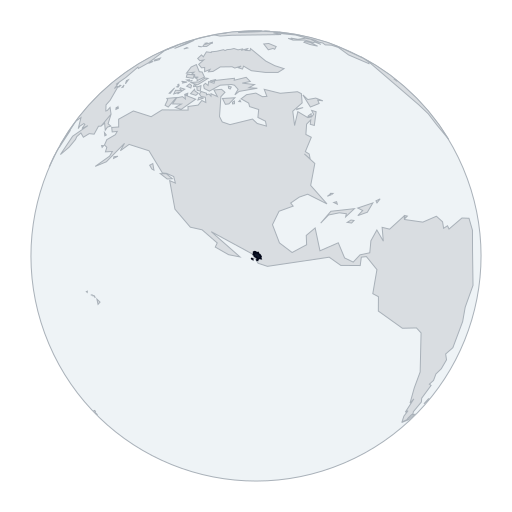 Nayarit highlighted on a globe, orthographic projection, rotated 337°
{"feature_id": "MEX-2721", "entity_name": "Nayarit", "entity_type": "State", "adm_level": 1, "iso_a3": "MEX", "parent_name": "Mexico", "parent_adm1": "", "projection": "orthographic", "projection_center": [-105.251, 21.861], "detail": "fine", "context": "on_globe", "style": "filled", "palette": "ink", "viewbox_px": 512, "rotation_deg": 337, "n_neighbors": 0, "source": "natural_earth", "source_scale": "10m", "svg_char_len": 10701}
<svg xmlns="http://www.w3.org/2000/svg" viewBox="0 0 512 512"><g transform="rotate(337 256 256)"><circle cx="256" cy="256" r="225" fill="#eef3f6" stroke="#a8b0b8"/><path d="M47.1,335.1L47.7,336.7L47.1,335.1ZM357.4,299.7L352.5,298.2L348.2,305.5L330.4,297.8L322.9,285.7L262.5,270.0L255.1,263.5L253.2,252.4L224.3,216.1L240.9,250.6L231.3,244.1L222.0,231.9L225.4,228.8L216.6,210.8L206.8,203.8L199.7,181.2L206.0,152.9L210.3,157.4L211.3,150.7L206.0,145.0L202.3,143.0L198.6,117.3L182.8,103.7L172.3,106.1L179.0,100.9L155.1,110.8L143.0,110.7L160.2,106.9L164.6,103.7L158.1,101.3L161.2,97.6L159.9,94.6L164.2,90.6L173.9,89.4L176.9,87.1L172.1,85.6L173.4,81.3L180.0,83.6L183.0,76.4L199.8,74.6L213.9,86.8L226.7,84.8L250.5,95.2L251.8,91.8L261.7,94.5L266.9,91.7L269.8,95.1L271.4,90.1L267.7,87.6L267.2,84.8L269.9,83.2L274.1,86.9L273.4,88.3L276.0,88.6L277.0,91.3L278.0,89.0L282.8,94.2L282.2,86.8L289.4,89.1L291.4,93.2L285.9,95.6L276.9,113.4L277.3,119.4L283.4,124.9L306.3,128.6L308.9,134.5L316.4,140.5L317.4,135.6L311.9,129.2L315.7,122.2L308.5,116.0L309.0,112.4L303.7,105.5L310.3,103.8L319.5,106.0L324.2,111.9L328.4,113.3L328.7,105.8L341.9,115.7L358.4,121.0L361.2,124.3L358.3,133.1L346.4,137.1L342.5,151.0L350.9,139.5L357.8,148.9L361.4,149.7L364.4,148.1L364.1,143.7L367.7,146.7L360.7,158.6L357.4,156.0L359.6,152.1L354.1,154.4L349.4,163.6L353.3,168.3L342.2,179.2L344.8,182.9L343.8,187.8L340.4,180.9L346.3,193.8L333.9,212.4L341.7,235.8L327.7,219.3L318.8,218.7L308.6,220.8L309.7,224.6L294.7,223.8L283.4,233.6L282.7,253.1L290.6,266.9L307.0,265.4L310.3,256.7L321.4,253.3L316.9,276.2L336.9,276.0L336.8,292.4L343.1,299.6L352.2,295.6L362.0,297.5L367.7,286.9L377.4,279.3L379.0,292.1L383.3,278.9L389.5,283.5L408.0,277.0L406.9,280.4L422.8,290.0L437.6,289.9L441.1,297.4L439.5,303.8L444.1,303.0L444.2,306.6L460.4,301.5L466.8,304.5L465.3,316.9L457.4,335.7L444.3,367.8L428.6,384.8L420.6,397.1L401.4,417.3L392.3,420.3L390.8,426.0L382.5,432.2L375.5,434.9L370.8,439.9L365.5,441.7L366.6,443.5L353.0,451.6L351.2,455.0L340.0,460.8L339.0,462.4L336.6,463.0L332.8,464.5L330.8,465.7L325.6,465.7L329.6,461.2L335.5,457.8L332.4,458.1L345.5,449.2L340.3,451.6L350.2,439.2L361.8,426.9L377.9,391.3L375.6,384.9L362.5,379.7L347.1,354.5L352.8,341.3L348.8,336.3L362.0,315.8L357.4,299.7ZM91.7,238.8L92.7,233.5L94.4,237.5L91.7,238.8ZM91.7,229.9L91.7,231.8L91.4,230.1L91.7,229.9ZM90.5,228.5L91.4,229.5L90.2,228.8L90.5,228.5ZM88.7,227.2L89.7,227.7L89.5,227.8L88.7,227.2ZM342.4,244.1L365.1,250.9L353.8,255.0L355.7,252.4L349.6,248.8L338.8,246.6L328.4,251.0L342.4,244.1ZM86.4,223.6L85.9,222.5L87.0,222.5L86.4,223.6ZM348.8,229.0L345.0,228.9L348.5,228.1L348.8,229.0ZM200.1,142.8L205.6,145.3L209.2,152.2L204.3,150.4L200.1,142.8ZM193.6,130.9L197.1,130.6L195.6,137.1L194.1,135.2L193.6,130.9ZM164.0,109.1L167.9,110.2L163.0,110.5L164.0,109.1ZM158.9,94.9L156.8,95.9L157.0,94.0L158.9,94.9ZM300.5,107.1L302.1,106.3L302.2,108.0L300.5,107.1ZM296.7,104.9L295.7,107.4L293.8,106.8L294.4,105.3L296.7,104.9ZM163.8,86.3L164.7,83.2L165.5,86.1L163.8,86.3ZM298.4,102.1L290.5,105.4L287.1,104.4L286.7,97.9L298.4,102.1ZM166.4,81.3L168.6,74.5L164.1,75.9L178.0,68.8L171.5,76.5L173.1,79.7L169.6,79.3L166.4,81.3ZM265.4,87.6L269.4,90.2L263.5,89.7L265.4,87.6ZM261.7,88.1L244.4,91.8L239.8,87.7L246.6,87.0L238.6,83.4L244.8,79.4L250.6,80.6L252.4,83.9L253.4,80.0L261.7,88.1ZM185.3,66.3L187.3,64.7L187.1,66.2L185.3,66.3ZM266.5,83.6L263.4,84.6L259.2,81.0L264.6,78.5L264.3,80.4L266.5,83.6ZM233.4,84.6L231.2,81.7L235.7,77.7L235.5,76.1L244.6,79.0L233.4,84.6ZM266.6,80.4L267.5,77.4L271.9,77.7L269.2,82.5L266.6,80.4ZM255.8,81.2L254.1,79.4L256.8,79.5L255.8,81.2ZM288.2,77.9L284.6,78.7L282.1,76.8L288.2,77.9ZM267.5,76.3L266.0,76.2L264.6,75.7L266.1,73.9L267.5,76.3ZM247.1,76.2L249.4,75.2L243.6,74.7L246.7,72.0L252.2,74.6L251.2,72.4L252.1,71.6L255.6,74.6L247.1,76.2ZM263.4,70.6L271.5,73.5L278.7,72.3L281.2,73.8L269.1,75.6L263.4,70.6ZM258.5,72.6L262.1,71.6L263.3,73.8L261.6,75.9L258.5,72.6ZM246.8,69.4L240.6,72.8L239.7,72.2L246.8,69.4ZM265.3,69.7L263.3,69.1L265.6,69.4L265.3,69.7ZM252.2,68.9L250.2,70.1L249.1,69.3L252.2,68.9ZM261.0,66.9L263.6,67.8L262.6,69.1L261.0,66.9ZM256.8,67.5L255.8,66.1L260.6,69.0L256.1,68.1L256.8,67.5ZM251.6,68.0L250.3,67.9L252.6,67.6L251.6,68.0ZM263.6,61.8L269.9,65.2L267.5,67.9L261.7,64.2L263.6,61.8ZM332.8,466.3L325.2,466.2L330.2,466.0L337.5,463.0L340.0,463.7L332.8,466.3ZM352.8,457.7L359.0,454.8L359.3,455.0L355.1,457.0L352.8,457.7ZM479.0,224.1L473.7,206.2L470.1,192.3L464.9,180.4L436.4,122.8L435.4,120.1L430.2,113.2L440.8,127.2L450.3,141.9L458.5,157.4L465.6,173.4L471.4,190.0L475.9,206.9L479.0,224.1ZM405.0,87.0L412.2,93.9L432.0,115.9L435.7,121.6L435.1,123.1L419.8,107.1L413.3,96.2L407.8,91.4L402.2,88.7L400.7,86.0L397.6,83.9L394.4,80.2L383.2,71.6L378.9,68.1L367.9,62.1L364.3,59.7L371.8,63.7L374.8,65.1L364.5,58.6L378.7,67.1L392.2,76.6L405.0,87.0ZM356.8,54.6L353.1,52.8L351.6,52.0L356.8,54.6ZM349.6,51.1L346.2,49.6L337.1,45.8L349.6,51.1ZM336.7,45.7L344.5,49.2L337.4,46.7L327.9,43.3L327.0,43.4L342.4,49.2L347.3,51.0L349.1,51.4L363.5,58.3L368.9,61.5L359.2,57.5L365.7,62.0L355.3,57.8L320.1,43.4L308.8,39.5L303.9,36.1L310.3,37.5L315.3,39.2L316.8,39.1L313.7,38.3L311.8,37.8L304.5,36.1L302.8,35.7L298.8,35.2L295.8,34.5L298.4,34.8L285.2,32.8L277.3,31.8L275.1,31.6L265.1,30.9L264.0,30.9L266.8,31.1L266.3,31.3L261.5,31.6L258.3,31.3L259.6,31.1L257.6,30.7L258.1,30.7L274.2,31.5L290.1,33.3L305.9,36.3L321.5,40.4L336.7,45.7ZM255.8,30.7L258.1,31.1L256.1,31.5L254.0,31.0L254.6,31.2L252.6,31.3L247.7,31.3L249.6,31.9L232.3,36.2L221.0,37.4L221.1,36.0L205.6,40.9L194.2,43.3L196.8,43.3L191.1,46.5L194.6,45.7L195.4,46.0L182.5,55.7L177.0,58.3L174.4,63.8L175.8,64.0L179.7,62.2L178.0,68.8L164.1,75.9L161.7,75.0L154.6,80.6L150.3,78.2L143.5,79.2L142.9,74.3L137.6,76.1L135.4,78.2L126.5,82.8L115.6,86.2L134.0,74.1L152.2,70.3L145.6,70.6L149.9,68.0L149.3,66.8L144.4,67.7L142.1,69.3L149.0,60.2L142.9,61.4L136.4,65.8L129.4,70.3L119.1,77.1L132.5,67.6L146.4,59.2L160.9,51.8L176.0,45.4L191.4,40.2L207.2,36.1L223.3,33.1L239.5,31.3L255.8,30.7ZM452.0,146.7L454.2,150.4L452.0,146.7ZM408.5,276.7L410.9,278.4L408.1,279.5L408.5,276.7ZM353.1,260.7L357.5,260.0L360.1,261.6L356.9,263.0L353.1,260.7ZM388.0,252.1L392.6,251.9L388.1,254.4L388.0,252.1ZM368.4,251.6L384.3,252.8L375.6,259.2L365.5,258.6L372.0,255.8L368.4,251.6ZM348.5,237.1L351.4,237.5L351.1,240.1L348.5,237.1ZM351.4,228.5L350.3,228.9L348.5,227.2L351.4,228.5ZM358.2,148.2L358.8,147.4L362.3,146.6L361.5,148.8L358.2,148.2ZM372.7,134.0L378.2,139.3L373.7,136.7L373.7,140.3L364.3,140.1L362.1,126.0L364.8,132.2L372.7,134.0ZM351.2,136.6L357.4,137.8L350.7,137.1L351.2,136.6ZM383.6,78.0L384.8,77.6L389.4,80.6L394.7,86.9L388.2,82.3L383.6,78.0ZM385.4,76.4L374.4,71.7L370.6,68.2L374.6,70.8L373.2,69.0L379.2,72.9L386.5,74.8L390.9,77.8L398.4,86.6L393.5,81.8L392.6,82.3L385.4,76.4ZM352.7,71.6L347.9,71.0L346.0,63.9L350.7,65.3L356.4,71.1L354.0,73.0L352.7,71.6ZM299.3,90.8L297.5,92.2L296.3,90.9L296.9,88.8L299.3,90.8ZM286.8,78.4L305.6,84.0L304.6,85.7L316.8,87.7L318.9,93.1L310.9,91.5L321.6,97.6L315.2,98.3L322.8,102.1L304.8,97.9L299.5,99.4L304.6,95.6L302.9,90.4L300.5,88.6L289.9,84.8L277.5,86.0L273.8,81.6L274.5,78.2L276.9,77.3L278.5,80.3L280.6,76.9L284.8,80.6L286.8,78.4ZM284.4,49.6L285.3,52.1L290.1,48.7L294.3,51.2L294.6,50.6L299.8,52.2L306.7,53.4L307.8,54.8L310.0,54.7L313.5,55.9L316.8,56.4L320.0,59.2L324.4,60.1L323.4,61.0L330.1,61.9L326.6,62.6L330.8,64.7L332.0,62.9L341.1,80.3L347.6,88.1L355.0,94.5L348.0,95.6L336.6,90.8L324.1,83.6L318.8,76.4L316.6,78.6L313.4,75.9L316.5,75.3L309.9,74.7L308.0,72.5L297.0,68.0L288.5,69.3L284.2,67.9L286.6,66.3L280.7,66.2L282.4,62.4L279.4,61.5L278.1,57.2L284.5,55.1L280.6,54.3L279.5,51.4L284.4,49.6ZM263.5,60.5L270.2,56.7L275.9,56.5L275.8,64.2L278.3,65.6L278.5,71.2L270.3,71.6L271.0,69.9L269.8,68.4L272.8,68.8L269.5,67.4L270.4,65.1L268.0,63.4L270.8,62.6L263.5,60.5ZM369.7,62.3L367.3,60.8L368.4,61.3L371.4,62.9L369.7,62.3ZM299.4,42.2L299.0,43.1L297.5,42.8L292.5,43.8L288.9,42.3L290.6,41.2L299.4,42.2ZM294.7,40.8L293.1,41.2L292.3,40.3L294.7,40.8ZM286.1,41.4L284.6,40.2L287.9,42.3L286.1,41.4ZM262.1,33.1L273.1,32.9L278.6,32.8L278.0,32.2L283.5,33.3L275.0,33.6L262.1,33.1ZM236.3,35.6L236.9,36.7L233.5,36.8L232.9,36.6L236.3,35.6ZM238.8,35.9L245.3,36.4L243.6,37.5L238.8,36.8L238.8,35.9ZM270.4,37.2L273.8,37.1L274.4,37.8L270.4,37.2ZM46.5,336.4L48.1,340.2L47.1,338.6L46.5,336.4ZM47.7,336.7L46.4,335.1L47.1,335.1L47.7,336.7ZM108.6,85.6L110.6,84.0L104.2,89.8L101.1,92.6L100.4,93.1L108.6,85.6ZM110.5,84.2L113.9,81.3L132.1,68.7L134.4,67.7L117.1,79.3L119.4,77.4L116.0,79.7L110.5,84.2ZM185.2,64.8L187.1,64.7L184.6,65.8L185.2,64.8ZM197.5,45.6L198.2,46.2L195.3,47.1L197.5,45.6ZM198.6,48.5L201.4,47.0L199.7,48.7L198.6,48.5ZM207.4,43.9L203.1,46.5L205.3,43.9L207.4,43.9Z" fill="#d9dde1" stroke="#a8b0b8" stroke-width="1"/><path d="M255.9,260.6L255.7,260.4L255.4,260.4L255.2,260.4L254.9,260.3L255.0,260.3L255.0,260.2L255.2,259.9L255.3,259.9L255.4,259.7L255.6,259.6L255.7,259.4L255.8,259.3L256.0,259.2L256.1,258.9L256.1,258.7L256.1,258.3L256.0,258.0L256.1,257.9L256.2,257.7L256.2,257.4L255.9,257.3L255.7,257.2L255.4,257.0L255.3,256.9L255.2,256.7L254.9,256.1L254.6,255.6L254.5,255.3L254.6,254.7L254.5,254.4L254.4,254.1L254.3,253.8L254.3,253.6L254.2,253.5L254.3,253.4L254.3,253.5L254.5,253.6L254.5,253.4L254.8,253.3L255.0,253.5L255.3,253.4L255.3,253.2L255.2,253.0L255.2,252.9L255.1,252.7L254.9,252.6L254.8,252.4L255.0,252.2L255.3,251.9L255.2,251.7L255.3,251.4L255.5,251.4L255.9,251.4L256.1,251.4L256.3,251.4L256.4,251.5L256.6,251.5L256.8,251.6L257.0,251.8L257.2,252.0L257.3,252.2L257.3,252.3L257.2,252.5L256.9,252.8L256.9,253.0L256.9,253.3L257.0,253.3L257.2,253.2L257.3,253.1L257.5,253.0L257.6,252.9L257.8,252.8L258.0,252.9L258.1,253.0L258.2,253.3L258.3,253.4L258.3,253.6L258.5,253.7L258.6,253.8L258.8,253.8L259.1,253.7L259.3,253.6L259.4,253.9L259.4,254.0L259.4,254.3L259.3,254.5L259.2,254.8L259.1,255.0L259.3,255.4L259.5,255.5L259.8,255.8L260.0,256.0L260.2,256.3L260.2,256.5L260.0,256.8L260.0,257.0L259.9,257.1L259.8,257.3L260.0,257.5L260.3,257.6L260.5,257.8L260.8,257.9L260.7,257.9L260.7,258.0L260.6,258.3L260.4,258.5L260.0,258.6L259.9,258.6L259.8,258.8L259.8,259.0L259.8,259.3L259.8,259.5L259.7,259.6L259.6,259.8L259.6,260.0L259.6,260.3L259.6,260.5L259.4,260.4L259.2,260.2L258.9,260.0L258.8,259.9L258.7,259.8L258.7,259.7L258.4,259.7L258.2,259.6L258.0,259.4L257.9,259.3L257.7,259.3L257.4,259.6L257.2,259.7L256.9,259.7L256.7,259.6L256.5,259.8L256.4,259.9L256.3,260.1L256.2,260.2L256.1,260.3L255.9,260.6L255.9,260.6ZM251.4,257.0L251.2,257.1L251.0,256.9L250.9,256.9L250.9,256.7L251.0,256.6L251.3,256.7L251.3,256.8L251.4,257.0L251.4,257.0ZM251.8,257.5L251.7,257.7L251.6,257.4L251.7,257.5L251.8,257.5ZM252.4,258.1L252.2,258.1L252.3,258.1L252.4,258.1ZM250.8,256.3L250.9,256.5L250.7,256.4L250.8,256.4L250.8,256.3Z" fill="#0f172a" stroke="#020617" stroke-width="1.5"/></g></svg>